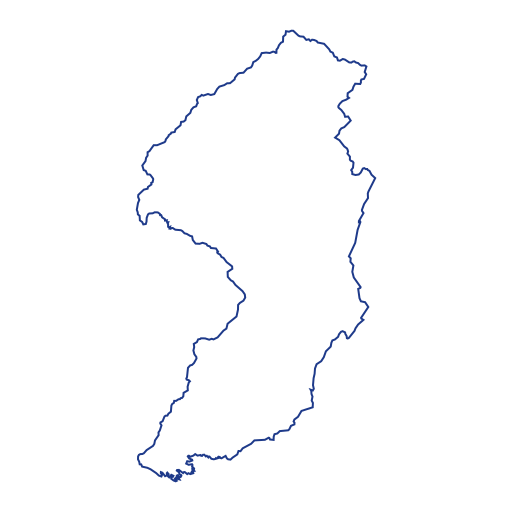 the district of Ban Khok, Uttaradit, Thailand
{"feature_id": "78962969B52849562974755", "entity_name": "Ban Khok", "entity_type": "district", "adm_level": 2, "iso_a3": "THA", "parent_name": "Thailand", "parent_adm1": "Uttaradit", "projection": "mercator", "projection_center": [100.999, 18.124], "detail": "fine", "context": "isolated", "style": "outline", "palette": "blue", "viewbox_px": 512, "rotation_deg": 0, "n_neighbors": 0, "source": "geoboundaries", "source_scale": "gbopen_adm2", "svg_char_len": 6041}
<svg xmlns="http://www.w3.org/2000/svg" viewBox="0 0 512 512"><path d="M230.5,459.6L232.6,457.6L237.3,454.4L238.5,451.0L240.5,451.2L242.7,448.3L251.1,443.8L254.4,440.4L264.9,439.8L268.7,437.7L269.3,437.9L270.0,439.5L273.6,439.9L273.7,436.7L274.5,434.2L277.3,433.5L279.8,431.1L288.2,430.3L289.3,429.3L291.0,425.8L294.4,424.4L294.5,422.7L293.6,421.5L294.4,419.5L298.0,416.8L301.5,410.9L312.7,407.3L312.9,402.9L311.7,400.6L312.5,396.6L311.5,394.0L311.3,391.1L310.6,389.7L312.8,390.5L313.8,388.8L313.0,385.2L313.6,378.2L314.6,373.8L315.0,368.5L316.6,364.2L321.2,361.2L323.8,357.2L325.9,351.3L330.7,346.6L331.4,342.7L332.4,340.4L334.9,339.5L338.1,336.8L339.0,334.3L341.0,331.8L342.6,331.2L345.1,332.4L345.3,333.8L346.6,336.0L346.9,338.2L347.7,338.5L348.8,338.0L354.5,330.9L355.5,328.3L358.1,324.5L363.4,319.9L361.3,318.5L361.1,317.8L368.3,307.0L365.1,302.2L360.9,301.3L359.5,298.2L358.2,288.9L360.3,287.9L360.6,287.1L353.8,277.5L352.3,271.8L353.4,265.5L350.4,261.8L350.7,258.3L348.9,256.4L355.2,242.9L357.6,229.9L360.4,222.0L360.1,221.4L358.9,222.0L358.9,221.0L363.5,213.1L362.0,210.9L361.9,210.0L364.1,204.0L368.0,198.1L367.8,193.5L368.4,191.6L375.2,178.1L371.5,174.7L369.5,170.9L367.8,170.0L367.2,169.0L365.8,169.1L364.2,168.1L362.8,168.6L360.8,172.5L358.8,174.5L355.5,175.0L352.3,174.1L352.2,171.7L351.2,170.1L353.0,167.7L353.5,162.7L352.7,161.5L350.7,160.7L349.9,159.7L349.9,156.6L347.4,153.6L348.1,151.5L347.5,149.5L347.0,148.5L344.2,146.4L339.4,140.2L335.1,137.6L339.0,133.7L339.5,130.7L341.3,128.4L344.3,127.1L350.7,120.6L348.1,116.5L345.1,116.8L344.2,113.8L341.3,110.0L338.8,107.9L338.3,107.0L338.4,106.0L339.8,103.7L342.4,101.1L346.1,99.7L349.0,97.9L347.5,96.7L347.7,93.2L352.4,89.9L353.5,86.6L355.2,83.7L360.2,84.0L360.9,82.6L360.9,80.5L361.4,79.5L364.0,78.9L366.2,74.3L364.7,72.0L366.4,66.5L364.7,65.4L361.4,65.6L359.9,64.8L358.2,63.1L355.9,62.5L354.3,61.3L352.8,61.6L351.3,62.6L349.2,62.4L345.0,59.6L342.8,59.0L339.9,60.7L337.9,60.4L337.0,57.5L334.3,56.4L332.8,52.7L330.4,51.6L329.2,49.3L324.1,43.8L317.7,42.5L316.6,41.0L314.2,40.0L312.1,39.7L310.4,41.0L308.8,39.3L306.3,39.9L303.5,36.7L300.1,36.4L298.5,35.7L293.3,30.8L291.5,30.7L289.0,31.7L286.0,31.2L285.5,34.7L283.2,36.6L283.0,41.7L280.9,42.8L279.0,45.2L277.8,48.1L276.5,49.6L276.4,52.8L275.7,52.9L274.5,51.9L273.1,51.6L269.8,53.0L266.1,52.6L261.7,53.1L260.2,56.4L258.1,59.0L255.7,60.9L253.3,62.1L252.2,65.6L251.0,67.4L247.1,68.7L243.5,72.7L239.5,73.1L237.9,73.9L235.0,77.6L234.6,79.4L230.0,83.2L227.1,83.3L224.3,85.1L219.4,86.6L217.2,89.0L214.3,94.1L210.8,95.0L208.0,94.0L203.3,95.6L201.7,94.9L200.3,96.3L198.1,97.1L196.8,100.0L197.8,103.1L197.0,104.0L196.2,106.3L193.5,107.3L191.3,109.8L190.3,112.9L186.3,116.4L185.4,120.2L183.6,121.6L181.1,121.9L180.5,125.3L175.6,129.3L174.7,132.0L171.3,132.6L170.9,133.6L168.7,135.2L168.5,136.2L165.8,139.4L165.6,140.7L164.7,142.1L157.1,145.2L153.7,145.2L149.4,151.2L147.6,152.2L147.6,155.6L146.1,157.8L145.5,161.1L142.3,165.5L143.7,170.1L145.7,170.8L147.4,174.4L149.7,174.5L150.5,175.1L153.1,178.6L153.2,179.5L152.6,182.2L151.2,182.9L151.4,184.5L148.0,186.9L147.6,188.7L143.9,189.6L138.3,194.9L138.1,197.0L139.3,199.9L138.0,203.0L136.8,209.8L137.7,212.2L137.9,214.4L139.6,215.8L139.9,220.4L142.2,222.0L143.3,224.4L145.8,224.0L146.5,221.6L146.7,217.8L148.0,214.4L149.2,213.5L152.7,213.3L154.7,212.3L157.8,212.4L159.9,213.9L160.1,215.1L161.2,215.1L162.1,217.3L165.0,219.3L165.0,220.5L166.8,220.3L166.6,221.1L167.1,222.2L168.3,222.2L167.7,223.6L168.1,224.1L168.1,226.8L169.0,227.4L170.0,226.9L169.5,228.6L170.7,228.8L171.3,228.1L172.7,228.0L175.3,229.7L180.8,230.2L182.3,231.0L184.5,233.3L186.8,233.9L190.0,235.8L192.1,236.4L192.8,240.0L195.6,243.6L199.6,243.8L202.5,242.8L206.4,244.0L207.4,245.6L209.9,246.4L210.9,248.0L216.0,248.5L218.0,251.6L217.2,252.2L217.6,253.2L220.2,254.7L221.5,257.0L223.5,257.9L226.6,262.1L232.1,266.4L232.3,268.8L227.6,271.9L227.8,276.9L230.8,280.3L233.0,281.5L235.4,284.9L242.5,291.1L244.8,294.4L245.2,297.6L243.4,300.7L239.9,302.9L238.1,304.9L238.0,309.6L236.5,316.5L227.6,323.7L226.4,328.6L223.5,330.6L217.6,337.4L213.5,339.4L211.7,338.8L209.2,339.7L205.1,338.4L201.0,338.3L200.4,338.9L198.1,339.4L196.9,342.1L193.8,343.9L194.2,347.1L193.4,350.5L194.4,354.3L196.3,356.9L196.5,358.5L194.0,363.0L192.1,364.9L190.2,365.4L188.0,367.8L187.0,377.1L186.3,378.6L186.7,379.6L188.8,380.2L189.9,381.3L188.8,382.4L187.6,386.7L187.8,390.4L183.6,392.8L183.3,396.3L182.1,397.9L180.6,398.2L180.0,399.1L178.4,399.3L176.1,400.9L174.2,400.9L173.9,402.8L172.2,404.0L171.4,405.5L170.9,411.7L168.4,413.7L167.4,415.6L165.6,415.7L164.5,416.5L162.6,421.2L160.4,422.5L160.3,423.6L161.5,425.3L159.8,430.5L158.5,432.4L158.6,435.2L155.0,440.4L154.3,443.9L153.0,445.9L146.6,450.1L143.8,453.3L142.3,454.0L140.3,454.1L138.9,454.9L138.1,456.4L138.0,459.3L139.2,461.7L139.7,464.3L141.2,464.4L142.1,466.6L147.4,467.8L150.6,469.3L156.2,473.1L158.9,475.6L161.4,476.5L162.0,475.0L160.8,473.1L160.9,472.1L162.4,472.7L165.1,476.2L167.0,475.3L166.8,473.2L167.3,472.6L168.7,474.2L168.0,476.3L169.2,477.4L171.3,474.8L173.4,475.8L172.8,476.9L171.5,476.8L171.2,478.7L173.6,480.5L175.7,481.3L176.7,480.8L174.9,478.8L175.4,478.2L179.5,479.4L178.3,477.1L176.6,476.5L176.8,475.6L177.7,475.2L178.8,476.7L180.6,477.0L181.4,475.7L181.2,475.1L179.6,474.4L178.9,472.2L176.8,470.6L177.1,470.0L178.9,469.9L183.1,473.1L184.1,472.0L185.0,472.2L187.2,474.1L188.4,473.2L190.3,474.1L193.3,473.2L193.1,472.3L191.6,472.1L192.0,471.4L194.3,470.9L193.6,470.1L192.8,470.2L192.4,469.7L192.3,468.8L194.0,469.1L194.1,468.5L192.1,466.5L192.5,465.0L192.0,464.2L188.7,464.8L186.2,463.6L187.2,461.2L189.4,461.6L192.3,460.5L192.1,459.7L189.2,458.5L187.8,456.4L188.3,455.8L188.9,455.7L190.4,456.7L193.4,455.6L195.2,454.1L197.5,455.6L200.6,455.0L201.1,455.8L202.1,455.9L203.0,454.8L204.3,454.7L205.8,456.4L206.8,455.8L208.1,457.2L208.3,456.5L209.4,456.5L211.4,458.8L213.8,459.3L215.5,458.9L215.9,458.2L216.5,458.6L218.1,458.1L217.8,457.4L218.5,456.7L219.8,457.0L220.1,457.9L221.5,458.3L225.6,455.9L226.9,458.4L228.1,459.3L230.5,459.6Z" fill="none" stroke="#1e3a8a" stroke-width="2"/></svg>